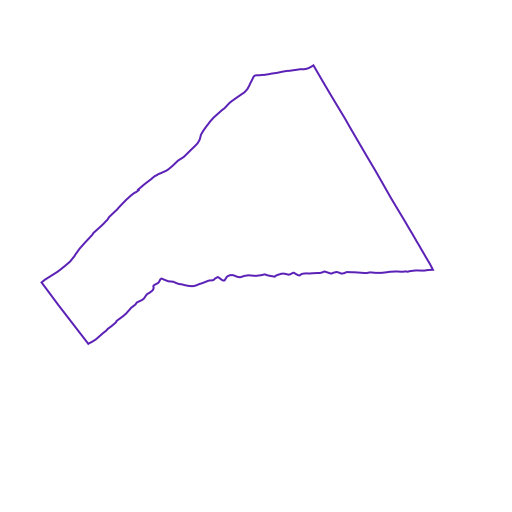 Ratchathewi, Bangkok Metropolis, Thailand, rotated 133°
{"feature_id": "78962969B82033887386179", "entity_name": "Ratchathewi", "entity_type": "district", "adm_level": 2, "iso_a3": "THA", "parent_name": "Thailand", "parent_adm1": "Bangkok Metropolis", "projection": "equal_earth", "projection_center": [100.542, 13.761], "detail": "fine", "context": "isolated", "style": "outline", "palette": "violet", "viewbox_px": 512, "rotation_deg": 133, "n_neighbors": 0, "source": "geoboundaries", "source_scale": "gbopen_adm2", "svg_char_len": 5301}
<svg xmlns="http://www.w3.org/2000/svg" viewBox="0 0 512 512"><g transform="rotate(133 256 256)"><path d="M266.6,239.2L263.8,237.3L263.4,237.0L263.2,236.6L262.6,235.0L261.1,232.4L260.3,231.2L258.6,228.6L258.5,228.4L258.4,228.4L258.3,228.2L258.1,228.2L257.1,228.1L256.5,227.9L256.4,227.9L256.2,227.8L255.7,227.6L253.2,226.2L252.5,225.8L252.2,225.7L251.6,225.3L250.7,224.4L250.2,224.0L249.8,223.4L248.9,222.1L248.0,220.4L247.8,220.0L247.6,219.7L247.4,219.4L247.2,219.2L246.6,218.8L246.5,218.7L243.8,217.7L243.0,217.4L242.8,217.3L242.7,217.2L242.5,216.9L242.4,216.6L242.2,215.8L242.0,214.7L241.4,212.4L241.3,212.1L241.2,212.0L240.9,211.4L240.7,211.1L240.5,210.9L240.3,210.8L240.2,210.8L239.9,210.7L238.3,210.4L237.9,210.3L237.7,210.2L235.4,208.3L234.1,207.0L232.2,204.8L232.0,204.6L230.6,203.4L227.1,200.0L226.6,199.6L225.6,198.5L225.1,197.9L224.6,197.5L223.2,196.6L222.7,196.3L221.3,195.7L220.8,195.4L220.7,195.4L220.5,195.1L220.3,194.8L218.0,189.7L217.5,189.0L217.4,188.8L217.2,188.7L216.7,188.5L215.9,188.2L214.7,187.5L213.1,186.4L212.9,186.3L212.7,186.1L212.5,185.8L212.4,185.6L212.2,185.2L211.6,184.1L210.9,182.2L210.8,181.8L210.7,181.6L210.4,181.4L210.1,181.1L208.6,179.9L207.3,179.3L206.8,179.2L206.1,178.8L205.4,178.2L204.5,177.1L203.9,176.4L200.1,172.1L195.2,166.0L193.2,163.6L193.0,163.4L192.8,163.3L192.4,163.0L190.4,161.6L190.2,161.4L189.9,161.1L186.8,157.1L183.3,153.3L182.5,152.5L181.8,151.9L178.2,148.9L176.3,147.4L172.7,143.9L171.1,142.3L168.6,139.2L167.7,138.3L166.5,137.1L165.2,136.1L164.9,135.6L164.5,135.0L164.1,134.4L163.9,134.2L162.4,133.4L162.0,133.0L159.1,130.6L158.1,129.7L157.2,128.9L156.4,128.0L153.2,124.3L151.7,122.8L150.0,121.5L148.7,120.4L146.9,118.7L146.0,117.8L145.4,117.2L145.1,118.0L143.1,123.7L142.2,126.9L140.9,131.3L139.6,135.5L138.5,139.3L137.1,143.6L135.8,148.3L133.2,156.7L131.9,161.3L129.3,169.9L127.1,177.6L121.4,197.4L116.8,212.0L112.2,226.8L107.3,243.5L102.2,260.5L98.6,272.5L94.9,284.3L91.0,298.0L89.8,302.2L87.3,310.9L82.7,326.5L77.4,344.0L79.9,344.7L82.0,345.4L83.2,345.9L83.5,346.1L84.7,346.8L85.2,347.1L86.3,348.0L86.6,348.2L86.7,348.3L87.2,348.8L87.6,349.1L88.2,350.0L88.5,350.4L89.5,351.2L90.2,351.8L92.1,353.3L98.2,358.2L99.2,359.3L101.2,360.9L104.2,363.1L107.0,365.0L107.7,365.5L111.7,368.8L114.1,370.5L118.2,373.7L118.5,374.0L119.0,374.7L121.2,376.5L121.5,376.8L123.4,378.8L124.0,379.3L124.4,379.6L124.9,379.9L125.1,379.9L125.6,380.0L125.9,380.0L126.5,380.0L126.9,379.9L129.2,379.2L131.9,378.4L134.1,377.8L136.0,377.1L138.4,376.5L139.6,376.2L140.4,376.1L142.2,376.1L143.9,376.1L144.3,376.1L144.7,376.2L148.2,377.0L152.3,377.9L159.4,379.4L162.5,379.8L166.7,379.8L169.5,379.8L172.6,380.4L183.7,381.4L188.8,381.3L192.4,380.9L195.9,380.6L200.8,379.9L205.1,378.9L205.5,378.6L205.8,378.4L208.8,376.8L209.6,376.5L210.6,376.2L212.5,375.8L213.4,375.6L215.6,375.6L220.6,375.8L221.6,375.9L231.4,376.3L232.2,376.3L232.8,376.4L234.2,376.7L238.7,377.9L238.9,378.0L239.8,378.1L241.1,378.2L247.0,378.5L247.7,378.6L251.7,379.1L253.3,379.4L254.8,379.8L255.1,379.9L260.3,382.1L263.1,383.4L263.5,383.5L264.3,383.6L264.5,383.6L264.9,383.8L266.0,384.3L266.6,384.4L267.0,384.6L270.2,385.0L270.4,385.0L270.7,385.0L271.3,385.1L277.6,386.2L279.5,386.5L280.2,386.6L286.3,387.3L287.7,387.5L287.7,387.3L287.8,386.7L290.7,387.2L292.9,388.0L294.9,388.4L298.0,388.8L304.5,389.3L306.0,389.3L309.7,389.4L314.0,389.4L317.3,389.3L318.5,389.4L319.4,389.5L327.5,390.0L327.8,389.9L328.8,389.8L329.9,389.5L331.5,389.4L332.7,389.5L335.3,389.5L336.4,389.5L338.3,389.6L342.1,389.9L350.1,390.6L350.7,390.5L351.1,390.4L352.1,390.2L353.0,390.2L363.9,390.2L371.2,390.0L371.8,389.9L373.5,389.7L375.5,389.4L376.9,389.3L379.0,388.9L380.1,388.7L381.0,388.6L381.7,388.6L383.8,388.4L386.5,388.2L387.3,388.2L393.9,389.0L395.2,389.2L398.7,389.7L402.9,390.4L417.3,394.2L420.0,394.6L421.6,394.8L423.0,386.9L426.6,367.4L434.6,318.8L434.3,318.8L431.0,317.5L428.7,316.9L426.1,316.2L425.9,316.2L417.9,315.4L416.8,315.3L413.3,314.7L410.3,314.7L406.8,314.0L402.4,313.4L399.7,313.2L399.1,313.4L398.9,313.6L397.5,313.5L394.1,312.8L393.9,312.8L390.8,312.2L386.2,311.7L385.6,311.8L380.2,311.9L379.1,312.0L375.0,311.3L373.9,311.1L372.4,311.3L371.1,311.4L366.3,309.5L364.1,309.0L363.1,309.0L360.2,309.5L359.4,309.6L358.1,309.6L357.6,309.5L356.6,309.2L356.1,308.9L352.6,308.3L351.4,308.2L351.0,308.3L349.4,308.9L349.0,309.2L348.8,309.5L348.4,310.1L348.3,310.3L348.0,310.5L347.9,310.6L347.7,310.7L347.3,310.7L346.6,310.6L345.9,310.4L345.6,310.3L344.3,309.8L342.5,309.2L341.9,309.2L341.3,309.2L340.1,309.5L339.2,309.8L338.4,310.0L337.8,310.0L337.4,309.9L337.1,309.8L337.0,309.7L336.8,309.4L336.7,309.2L336.1,307.4L334.3,302.9L331.2,298.9L329.7,294.6L329.6,294.4L328.7,292.8L327.5,291.2L326.7,289.7L326.5,289.3L325.3,287.2L324.2,285.5L323.9,285.0L323.3,284.2L322.3,282.9L321.0,281.5L320.2,280.9L318.7,279.9L314.7,278.1L314.4,277.9L313.5,277.3L311.3,276.2L306.8,274.1L305.2,273.0L304.0,271.7L302.9,270.9L301.9,270.6L300.5,270.6L297.7,269.7L297.2,268.9L297.0,267.0L296.7,264.3L296.5,263.8L296.3,263.3L296.2,263.1L295.9,262.8L295.4,262.5L295.3,262.4L294.9,262.4L291.4,263.1L290.7,263.0L289.9,262.9L287.6,261.8L286.9,261.1L285.9,260.0L285.6,259.6L285.5,259.2L285.3,258.9L284.0,255.6L282.7,253.5L282.1,252.9L278.6,251.0L276.4,249.3L275.2,248.3L270.7,242.6L266.6,239.2Z" fill="none" stroke="#5b21b6" stroke-width="2"/></g></svg>